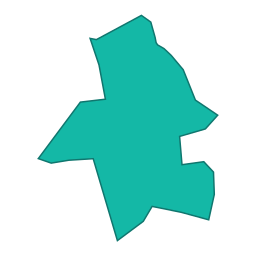 the border of Sejas
{"feature_id": "LVA-5777", "entity_name": "Sejas", "entity_type": "Municipality", "adm_level": 1, "iso_a3": "LVA", "parent_name": "Latvia", "parent_adm1": "", "projection": "orthographic", "projection_center": [24.56, 57.211], "detail": "fine", "context": "isolated", "style": "filled", "palette": "teal", "viewbox_px": 256, "rotation_deg": 0, "n_neighbors": 0, "source": "natural_earth", "source_scale": "10m", "svg_char_len": 483}
<svg xmlns="http://www.w3.org/2000/svg" viewBox="0 0 256 256"><path d="M141.4,15.4L150.8,22.1L155.1,37.4L156.1,42.6L157.6,44.9L164.0,48.6L171.2,55.4L183.2,69.7L195.4,100.1L217.7,115.2L205.4,128.9L179.6,136.4L182.0,164.7L203.8,161.7L213.5,172.1L214.3,194.4L208.7,219.8L181.2,212.3L152.1,206.4L143.3,221.3L117.4,240.6L93.2,158.7L69.0,160.2L51.2,163.1L38.3,158.6L80.4,102.1L105.4,99.2L99.0,64.9L90.1,38.4L96.4,39.6L141.4,15.4Z" fill="#14b8a6" stroke="#0f766e" stroke-width="1.5"/></svg>